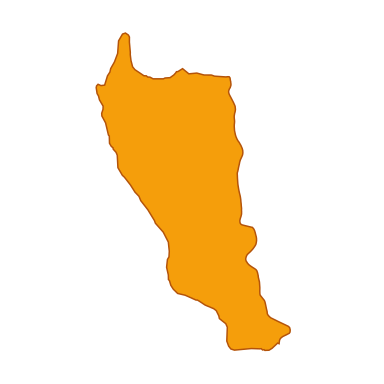 El Jícaro, El Progreso, Guatemala (Mercator projection), rotated 86°
{"feature_id": "79465075B65572825799154", "entity_name": "El Jícaro", "entity_type": "district", "adm_level": 2, "iso_a3": "GTM", "parent_name": "Guatemala", "parent_adm1": "El Progreso", "projection": "mercator", "projection_center": [-89.909, 14.889], "detail": "fine", "context": "isolated", "style": "filled", "palette": "amber", "viewbox_px": 384, "rotation_deg": 86, "n_neighbors": 0, "source": "geoboundaries", "source_scale": "gbopen_adm2", "svg_char_len": 3302}
<svg xmlns="http://www.w3.org/2000/svg" viewBox="0 0 384 384"><g transform="rotate(86 192 192)"><path d="M349.4,115.7L348.2,115.5L347.4,115.3L346.3,115.1L345.0,114.5L344.1,113.8L343.5,113.0L342.6,111.7L340.4,106.4L339.7,104.8L338.6,104.0L336.8,103.7L336.0,103.7L334.0,104.1L332.7,105.3L327.1,115.2L323.0,122.2L321.6,123.6L320.8,124.2L319.5,125.1L318.2,125.4L316.8,125.4L315.4,125.6L314.4,125.8L311.5,126.2L309.2,126.5L307.3,126.8L306.4,127.0L305.2,127.4L304.2,128.1L300.7,130.5L299.6,131.2L298.4,131.4L295.4,131.3L293.5,131.1L291.9,131.0L287.7,131.0L286.4,131.0L284.6,131.3L281.5,131.8L280.2,131.8L276.9,132.3L274.9,132.9L273.8,133.7L272.8,134.9L271.5,136.7L270.1,138.5L269.0,139.8L268.3,140.5L267.0,141.5L265.9,142.1L264.4,142.9L263.1,143.1L262.0,143.0L260.5,142.5L258.9,141.7L257.8,140.7L255.3,137.6L254.1,136.3L252.9,135.1L251.2,133.7L249.9,132.7L248.8,132.0L247.3,131.5L245.1,131.0L242.9,130.9L241.4,131.0L238.7,131.5L236.9,131.8L234.8,132.3L233.1,133.0L231.5,134.2L231.3,135.0L229.1,141.9L228.3,144.3L227.6,145.4L226.7,146.0L225.5,146.3L223.9,146.3L222.5,145.9L221.4,145.5L219.7,144.8L217.4,144.1L216.0,144.0L215.0,143.9L213.7,143.9L211.7,143.7L209.4,143.8L207.1,143.8L204.9,143.9L202.8,143.9L200.1,144.1L198.8,144.3L195.9,144.8L193.0,145.2L190.8,145.4L188.7,145.6L187.1,145.7L185.8,145.7L181.4,145.7L178.5,145.6L177.0,145.6L175.8,145.4L174.5,144.9L172.5,144.3L170.9,143.9L167.3,142.8L165.7,142.4L164.3,141.9L163.3,141.5L161.5,140.5L160.0,139.7L158.8,139.1L157.5,138.7L156.0,138.5L155.0,138.5L154.0,138.5L152.0,138.9L148.9,140.0L147.3,140.8L145.8,141.5L144.1,142.6L142.4,143.4L139.8,144.3L138.0,144.7L133.8,145.3L131.4,145.3L129.7,145.3L127.7,145.1L126.1,144.8L124.5,144.6L123.1,144.6L121.0,144.7L119.2,144.6L116.6,144.0L115.6,143.6L114.2,143.2L113.2,143.0L112.3,142.9L110.6,143.0L109.6,143.0L108.3,143.4L107.0,143.9L106.1,144.2L102.1,145.9L97.8,147.8L96.3,148.3L94.8,148.5L93.6,148.3L91.9,147.6L90.5,146.6L89.7,146.3L88.5,145.8L87.1,145.6L85.6,145.7L84.6,145.7L83.5,145.9L82.4,146.0L80.9,146.1L79.7,146.8L79.5,147.9L79.5,149.1L79.6,150.0L78.0,161.5L76.7,164.4L76.1,171.9L73.7,178.9L73.9,186.9L68.3,192.8L70.9,197.7L70.9,199.1L72.1,200.0L74.0,202.0L76.4,205.9L76.4,211.0L77.1,212.6L76.4,222.9L74.5,225.9L74.2,228.2L72.9,229.5L72.7,231.8L66.0,240.4L63.0,242.5L56.6,243.7L50.6,244.0L48.4,243.8L38.2,244.0L33.1,243.6L31.0,244.5L28.8,247.3L29.6,250.3L36.1,254.7L48.6,256.5L56.9,260.3L63.2,264.5L66.6,265.5L70.2,268.2L79.3,271.7L79.5,275.4L78.0,278.2L79.5,279.8L81.2,280.3L87.2,279.8L89.7,278.6L93.6,277.9L100.1,274.7L103.3,275.0L107.2,276.6L109.9,276.6L117.0,273.4L129.3,271.4L130.4,270.6L137.7,270.9L140.9,269.3L142.4,267.7L143.8,267.6L147.1,265.0L150.1,264.0L162.6,264.2L170.5,260.3L172.5,258.4L180.7,252.9L188.3,248.8L192.6,245.2L197.1,243.7L206.6,237.3L217.8,231.5L220.6,230.7L230.0,223.5L240.3,219.1L249.6,218.8L255.1,219.5L257.6,221.2L265.3,222.6L273.1,221.4L277.7,221.6L278.8,220.7L283.7,219.6L287.7,217.4L292.2,213.4L294.5,206.0L300.1,195.5L300.2,194.1L301.7,192.0L305.7,186.8L309.9,178.5L312.0,176.1L317.4,173.9L320.2,173.5L325.7,167.5L329.3,166.2L343.1,167.7L348.3,166.2L351.3,164.2L352.7,160.7L352.3,143.7L353.2,135.1L353.1,133.9L354.5,132.6L354.3,131.1L355.1,130.4L355.2,126.2L353.5,123.0L349.6,118.2L348.7,117.2L349.4,115.7Z" fill="#f59e0b" stroke="#b45309" stroke-width="1.5"/></g></svg>